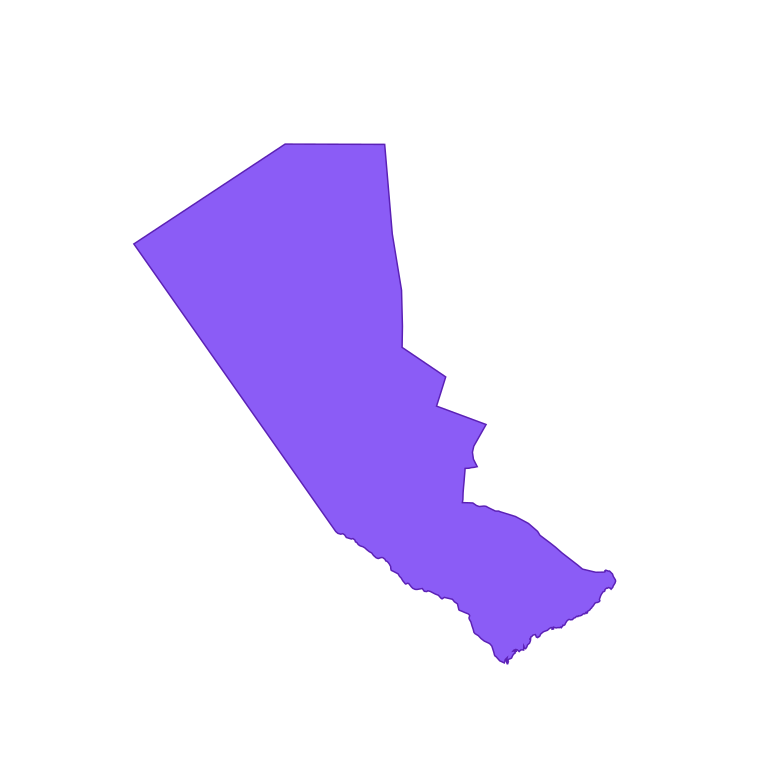 outline of Faasaleleaga II, Fa'asaleleaga, Samoa, rotated 18°
{"feature_id": "51752279B41947218323139", "entity_name": "Faasaleleaga II", "entity_type": "district", "adm_level": 2, "iso_a3": "WSM", "parent_name": "Samoa", "parent_adm1": "Fa'asaleleaga", "projection": "robinson", "projection_center": [-172.209, -13.636], "detail": "fine", "context": "isolated", "style": "filled", "palette": "violet", "viewbox_px": 768, "rotation_deg": 18, "n_neighbors": 0, "source": "geoboundaries", "source_scale": "gbopen_adm2", "svg_char_len": 3278}
<svg xmlns="http://www.w3.org/2000/svg" viewBox="0 0 768 768"><g transform="rotate(18 384 384)"><path d="M584.6,612.1L584.7,610.1L584.4,609.4L584.6,608.3L585.7,606.2L586.0,609.5L586.7,610.8L587.6,612.0L588.1,611.8L588.1,610.4L587.3,610.5L587.1,609.9L587.8,609.1L587.0,608.5L588.0,606.9L589.2,606.1L590.0,605.2L590.3,602.3L591.2,600.1L591.9,599.2L591.1,597.9L592.4,597.4L591.9,596.6L589.3,598.1L589.7,597.1L591.2,595.8L592.8,595.6L595.2,596.7L596.2,594.8L597.5,594.1L599.0,593.9L597.9,589.9L598.0,590.0L598.6,591.2L599.7,592.0L600.5,592.0L601.1,589.9L601.1,587.9L602.5,585.4L602.6,582.9L602.4,581.8L601.6,581.7L601.5,580.9L602.1,580.5L601.8,579.2L602.5,578.6L603.2,576.9L604.0,576.3L605.4,575.5L607.1,577.6L608.5,577.7L608.8,576.7L609.3,576.8L610.1,575.5L610.2,573.6L611.7,571.1L612.5,570.1L615.6,567.7L616.6,565.9L618.0,564.1L619.0,563.8L619.6,565.3L620.9,564.6L620.4,562.9L623.1,562.8L624.5,562.0L626.5,561.4L627.3,560.5L627.9,561.0L628.7,559.2L628.7,558.1L629.6,558.0L630.4,557.1L630.6,555.2L631.2,552.8L632.0,551.5L632.7,550.7L634.4,550.6L636.1,549.8L636.8,548.1L638.1,547.1L638.9,545.5L640.3,545.3L640.5,544.4L641.8,544.1L643.4,542.9L644.1,541.7L644.9,540.7L646.0,540.6L646.6,538.9L647.7,539.4L648.2,538.6L647.7,537.6L649.6,535.2L650.0,533.7L650.6,533.0L650.8,531.9L651.6,530.2L652.3,527.4L653.2,526.4L654.7,525.7L656.0,524.4L656.3,523.5L655.4,522.2L655.5,518.2L655.9,516.1L656.7,513.7L657.5,513.3L658.0,512.4L657.6,511.3L658.7,509.4L659.4,509.3L660.4,508.2L662.3,508.3L663.4,509.0L664.4,506.7L664.4,505.3L665.2,502.1L665.2,499.9L664.6,498.8L661.6,496.2L660.0,494.1L656.3,492.2L655.3,492.6L652.5,492.5L651.8,493.3L652.3,494.1L651.2,495.0L643.6,497.6L640.1,497.9L630.0,498.7L624.0,496.3L605.6,489.7L597.5,486.2L591.0,483.8L579.1,479.7L575.6,476.7L564.5,472.0L550.0,469.4L533.7,469.6L532.5,469.4L530.0,470.2L529.0,470.4L521.3,469.3L518.9,468.8L516.8,469.2L512.4,471.1L509.5,471.0L505.3,469.7L502.0,470.6L495.2,472.6L494.7,469.4L492.8,462.9L491.4,457.0L490.6,453.4L487.9,441.9L487.2,439.2L490.9,437.8L492.8,436.6L495.5,435.4L498.2,433.8L492.3,427.9L489.2,421.6L488.6,415.4L493.6,391.0L440.8,388.8L440.7,375.1L440.5,358.2L389.9,343.6L383.7,323.4L371.7,289.4L345.5,238.7L310.6,155.9L215.8,186.4L125.3,299.9L102.8,328.1L383.7,539.2L386.3,540.3L389.3,540.2L391.0,539.1L393.1,539.6L395.6,541.6L400.9,541.5L402.2,540.6L404.4,541.3L405.7,543.0L406.9,543.0L409.2,544.7L411.3,545.3L414.4,545.3L416.5,545.8L418.6,546.8L421.8,548.0L424.5,548.5L427.0,550.3L430.2,551.7L432.4,551.8L435.0,549.9L436.5,549.5L439.1,550.4L440.3,551.7L441.6,551.7L443.2,552.5L444.6,553.5L446.7,555.5L447.6,557.7L448.5,559.0L450.9,559.3L456.1,560.2L458.2,562.1L460.4,563.3L462.6,565.3L465.9,567.4L466.6,567.5L467.8,566.3L469.1,566.1L472.7,568.5L474.5,569.4L477.0,569.7L478.9,569.2L483.6,566.7L486.4,568.7L488.8,568.2L489.6,567.1L492.2,567.0L497.6,567.9L501.0,568.1L504.4,570.1L505.6,570.4L507.3,568.3L515.6,567.6L518.3,569.4L521.8,570.4L524.9,575.5L525.5,575.9L527.9,576.0L531.7,576.4L535.3,576.6L536.3,577.1L537.1,577.9L537.1,580.2L537.8,581.3L540.2,583.5L542.5,586.9L544.6,589.7L546.3,592.4L547.7,593.3L551.5,594.2L554.9,596.1L558.8,597.5L563.7,598.1L565.2,598.5L567.6,600.0L571.4,605.3L572.8,607.6L574.0,608.6L574.7,608.6L579.6,611.5L584.6,612.1Z" fill="#8b5cf6" stroke="#5b21b6" stroke-width="1.5"/></g></svg>